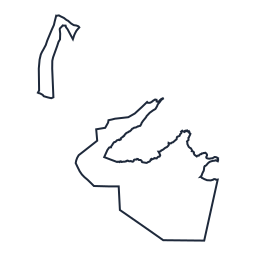 outline of Vaa o Fonoti, Samoa
{"feature_id": "51752279B29729282307798", "entity_name": "Vaa o Fonoti", "entity_type": "district", "adm_level": 2, "iso_a3": "WSM", "parent_name": "Samoa", "parent_adm1": "", "projection": "robinson", "projection_center": [-171.548, -13.927], "detail": "fine", "context": "isolated", "style": "outline", "palette": "slate", "viewbox_px": 256, "rotation_deg": 0, "n_neighbors": 0, "source": "geoboundaries", "source_scale": "gbopen_adm2", "svg_char_len": 4339}
<svg xmlns="http://www.w3.org/2000/svg" viewBox="0 0 256 256"><path d="M108.9,186.4L118.7,186.4L119.9,210.0L138.8,223.1L153.7,233.5L163.2,240.2L204.2,240.6L217.7,179.6L216.8,179.7L215.7,179.6L215.0,179.1L214.2,179.1L213.5,179.3L213.2,179.7L210.8,180.4L207.0,180.2L206.1,179.8L204.3,179.1L202.7,178.2L202.1,178.0L201.4,177.3L201.1,176.7L200.5,176.8L201.6,175.6L202.1,174.0L202.9,172.2L203.6,171.0L203.9,169.9L204.2,167.3L204.4,166.6L204.8,166.0L205.4,165.9L206.5,165.0L207.7,163.5L208.7,162.6L209.6,161.9L211.2,161.3L212.7,160.9L215.0,160.6L215.5,160.3L216.8,160.5L217.2,161.1L217.8,161.3L218.1,160.2L217.7,159.6L218.0,159.2L217.7,158.8L218.0,158.2L216.9,157.5L215.8,157.1L214.6,157.0L212.4,158.3L211.4,158.3L209.6,158.7L208.2,158.6L206.8,158.2L206.4,157.8L206.2,157.1L207.0,155.5L207.0,154.7L206.3,153.5L205.2,152.7L204.5,153.0L203.5,153.0L202.8,153.4L201.9,153.4L201.3,154.1L200.6,154.1L199.8,154.6L198.8,155.4L198.7,155.7L197.6,155.7L197.0,155.9L196.7,156.4L194.5,154.8L193.8,153.5L194.0,152.8L193.7,152.0L193.1,151.5L191.9,151.2L192.1,150.8L192.0,150.3L191.6,149.6L191.1,148.6L190.6,148.1L189.8,147.8L188.7,146.8L187.8,144.9L187.4,144.1L187.3,142.3L187.0,141.4L188.5,140.0L188.5,138.9L188.4,137.9L188.9,137.4L189.2,136.5L190.1,134.7L190.4,133.8L189.7,133.3L189.3,132.9L189.5,132.2L188.9,131.2L188.1,131.7L187.6,131.4L187.8,131.1L187.1,130.4L186.1,131.1L186.0,130.7L185.3,130.7L184.7,131.0L184.3,131.9L182.6,131.1L182.2,130.7L181.1,131.6L181.5,132.1L181.2,133.3L180.2,134.1L179.6,135.8L178.6,136.3L177.2,136.8L176.8,137.7L176.6,139.3L175.5,140.1L173.0,142.3L172.3,142.4L171.4,142.9L170.9,143.4L169.3,143.3L168.6,142.9L168.5,143.7L168.9,144.2L168.8,144.9L168.4,145.6L166.9,147.1L165.5,147.7L164.6,148.3L163.5,149.3L162.2,150.1L161.4,150.3L160.6,151.3L158.9,151.7L158.5,151.7L159.3,153.1L160.2,155.1L160.2,155.5L159.5,156.6L158.3,156.7L157.2,157.7L156.7,158.4L156.2,158.4L155.5,158.2L154.8,158.4L154.5,158.1L153.9,158.4L152.8,159.1L152.3,159.1L151.6,159.6L152.0,160.2L151.7,160.0L151.3,159.0L150.8,159.3L150.3,160.7L149.7,161.5L148.0,162.1L147.1,162.7L146.4,162.9L143.5,162.4L142.3,162.2L141.9,161.9L141.6,160.8L140.6,160.0L138.9,160.0L138.1,159.1L137.1,158.9L136.7,159.5L135.0,159.5L134.1,159.8L133.7,160.5L133.6,161.1L133.2,161.5L132.3,161.7L130.8,161.0L130.0,161.3L128.9,161.2L127.7,160.6L126.7,161.1L126.6,160.9L124.9,161.7L123.2,161.7L121.4,162.0L120.8,161.8L120.7,161.3L120.0,161.4L119.4,162.1L118.0,161.6L117.1,162.0L109.6,159.2L104.2,157.1L107.4,150.0L109.1,147.6L109.4,147.4L110.9,147.3L110.8,147.0L112.4,144.7L113.1,143.4L114.2,142.1L115.4,141.9L117.1,140.2L118.4,140.0L118.8,139.7L119.5,140.1L120.7,139.5L120.5,139.1L120.6,138.6L121.4,137.8L121.9,137.5L123.5,136.1L123.6,136.3L124.3,135.7L124.6,134.9L125.3,134.0L125.8,133.7L126.3,133.0L128.4,132.1L128.5,131.8L129.4,131.3L129.8,131.3L131.2,130.1L131.7,129.3L132.3,128.7L133.3,128.3L133.9,127.8L134.6,127.6L135.8,127.5L138.0,126.3L138.3,126.4L139.5,125.9L140.3,125.8L141.3,124.0L141.5,123.2L142.8,121.2L144.0,119.7L145.1,118.4L146.1,117.1L146.6,116.1L148.3,114.3L149.7,112.8L153.0,110.4L155.4,109.0L156.2,107.7L157.2,105.9L157.7,104.5L158.9,103.0L159.6,102.3L159.9,101.7L160.3,101.3L161.1,100.1L162.1,99.3L163.0,98.7L162.8,98.3L161.3,99.0L160.0,100.1L159.6,100.7L158.8,101.4L157.7,101.8L156.7,101.5L156.8,101.1L156.5,99.8L155.6,99.8L155.1,99.5L154.3,100.0L153.4,100.5L151.8,101.8L150.6,102.5L149.9,102.8L147.8,102.8L147.1,102.0L141.8,107.1L134.8,113.5L128.3,117.2L116.9,118.5L115.0,118.7L111.9,119.5L108.5,120.2L108.1,122.6L105.2,127.8L96.2,129.3L97.2,140.7L83.2,151.7L78.7,155.2L77.2,157.8L76.2,160.5L75.7,163.1L77.5,166.9L79.7,171.3L81.9,174.5L84.4,177.1L87.5,179.7L90.8,182.9L93.9,186.0L108.9,186.4ZM72.9,39.2L74.2,35.2L75.1,33.2L76.4,30.8L77.7,29.2L79.3,27.4L78.4,26.3L76.3,25.5L74.8,25.3L73.7,25.1L71.1,23.5L68.1,20.8L66.5,20.0L64.0,18.0L62.6,17.3L60.9,16.5L58.9,15.4L56.5,15.8L56.2,15.7L55.4,18.8L54.7,21.5L53.9,25.0L51.8,29.6L49.4,35.4L47.2,40.7L45.8,45.0L43.5,49.3L41.9,52.1L40.8,54.5L39.6,59.6L38.8,68.5L39.1,90.5L38.7,91.2L37.9,92.7L39.0,93.2L39.7,93.3L40.8,93.8L42.4,94.7L43.0,95.2L43.7,96.2L47.8,97.4L51.3,98.2L53.4,97.3L52.2,68.6L52.3,60.8L53.1,57.3L55.0,52.0L57.1,46.2L58.5,41.9L60.0,39.4L60.1,36.4L60.2,33.7L59.7,29.1L60.2,28.1L60.9,27.5L62.8,25.4L63.4,25.6L65.6,25.6L66.0,27.2L67.6,29.3L71.1,35.9L72.9,39.2Z" fill="none" stroke="#1e293b" stroke-width="2"/></svg>